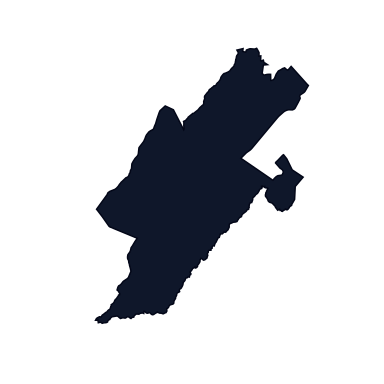 outline of Ol Kalou, Central, Kenya, rotated 45°
{"feature_id": "3690345B95130653030363", "entity_name": "Ol Kalou", "entity_type": "district", "adm_level": 2, "iso_a3": "KEN", "parent_name": "Kenya", "parent_adm1": "Central", "projection": "albers", "projection_center": [36.373, -0.309], "detail": "fine", "context": "isolated", "style": "filled", "palette": "ink", "viewbox_px": 384, "rotation_deg": 45, "n_neighbors": 0, "source": "geoboundaries", "source_scale": "gbopen_adm2", "svg_char_len": 6072}
<svg xmlns="http://www.w3.org/2000/svg" viewBox="0 0 384 384"><g transform="rotate(45 192 192)"><path d="M214.5,350.9L215.5,349.9L215.8,348.9L216.6,349.4L217.2,350.0L218.2,350.7L218.9,349.5L219.8,348.5L221.3,348.4L222.2,346.8L222.9,346.1L223.9,344.7L224.2,343.6L223.5,342.4L223.6,341.3L224.0,340.4L223.8,339.5L223.5,338.5L223.7,336.8L226.5,332.9L227.4,332.3L229.7,332.2L230.9,332.0L231.8,330.2L232.7,329.3L233.6,328.7L234.2,328.0L234.3,326.8L234.8,325.4L236.1,325.0L237.3,324.9L238.3,324.6L238.3,323.3L238.7,322.4L239.3,321.7L238.8,320.8L238.6,320.0L238.8,318.9L238.7,318.1L239.3,317.3L240.9,315.9L241.1,314.6L241.8,313.5L242.6,312.5L243.8,312.0L242.4,310.3L243.2,309.7L245.0,309.9L245.9,309.5L246.6,308.8L246.7,307.7L247.8,307.2L249.1,307.2L250.1,307.1L250.9,306.7L251.5,305.8L251.8,304.0L252.1,303.1L252.3,301.3L253.3,301.3L254.0,300.8L255.0,300.4L255.9,299.4L257.0,299.0L257.8,298.5L258.1,297.7L258.3,296.8L258.9,295.7L258.4,293.9L257.5,293.2L256.7,292.4L257.0,291.2L256.9,290.0L256.5,289.2L256.3,288.4L256.4,287.2L257.8,284.7L257.8,283.7L256.4,281.9L255.9,280.2L255.7,279.0L254.9,278.1L254.1,275.8L253.3,274.9L252.9,273.6L253.5,272.4L253.7,271.2L252.8,270.8L252.3,270.1L252.0,269.3L252.4,268.3L252.3,267.3L251.6,265.0L251.0,263.8L249.8,262.2L249.6,259.6L248.9,258.3L248.6,256.9L249.3,255.9L249.3,254.7L250.3,254.0L249.2,252.4L249.5,251.3L249.1,250.6L247.2,250.0L247.2,247.9L246.5,245.4L247.2,244.1L247.1,242.9L248.4,243.1L248.7,241.8L248.5,240.6L247.7,239.8L247.6,238.3L247.1,236.1L246.5,235.1L245.7,234.6L245.7,233.8L245.2,232.6L246.0,232.1L247.1,232.2L248.3,232.1L249.0,231.0L249.3,228.1L248.5,226.9L248.1,225.8L246.3,224.6L246.2,223.2L245.3,222.3L245.2,221.2L246.6,219.8L245.7,218.8L246.0,217.5L245.0,216.5L244.8,215.2L245.9,214.4L245.4,213.6L244.5,211.6L244.5,210.6L242.9,206.0L243.4,204.8L242.7,203.6L241.8,201.6L243.1,200.0L242.9,197.7L243.9,197.1L244.3,196.2L244.1,195.2L244.2,193.3L243.2,190.6L241.7,189.1L241.1,188.0L242.2,185.3L242.5,184.3L244.1,182.3L244.7,181.0L244.3,179.9L244.1,178.7L243.8,177.6L243.8,176.5L244.0,175.5L244.4,174.5L243.4,172.6L243.4,171.6L243.9,168.0L243.9,166.9L243.5,165.7L244.0,164.8L244.1,163.8L243.3,163.3L243.3,162.4L242.6,161.9L242.0,161.1L241.3,160.3L241.1,159.2L240.8,158.2L241.7,157.3L240.5,154.7L239.0,153.0L239.2,152.0L239.3,151.0L239.0,149.2L239.0,148.4L239.3,146.7L238.7,144.0L238.1,142.6L238.2,141.4L238.8,140.2L237.0,138.7L237.5,138.0L238.4,138.4L238.8,137.3L239.5,136.6L240.0,137.4L241.0,137.1L241.9,136.0L243.0,135.7L243.0,136.5L243.7,137.0L244.1,138.7L244.7,139.6L244.8,140.5L245.4,141.1L245.9,142.1L246.9,143.0L248.0,143.2L249.0,143.3L250.3,143.6L252.4,144.5L253.5,144.5L254.3,144.3L255.9,143.4L256.8,143.2L260.9,143.3L261.9,143.8L265.5,144.3L266.1,142.2L267.3,142.8L268.2,142.0L269.0,142.2L269.7,141.7L269.7,140.2L270.3,138.9L270.0,138.1L270.8,137.7L271.8,137.5L272.1,136.4L271.8,134.2L271.4,133.1L271.8,131.8L271.8,130.7L271.1,129.8L270.8,128.3L269.8,124.7L261.1,115.1L260.1,102.9L247.2,105.5L235.5,101.5L230.4,100.9L230.1,101.8L230.3,109.1L230.2,111.5L230.5,112.4L237.4,112.9L239.8,112.4L240.6,112.5L241.8,112.9L242.8,113.8L243.1,114.9L243.6,115.6L243.4,116.8L241.2,119.7L240.7,121.4L240.6,124.4L240.9,125.5L240.9,126.5L202.7,133.6L202.7,125.7L203.5,121.0L203.5,119.0L200.0,80.3L199.8,77.3L199.9,75.2L200.2,70.3L200.7,68.3L201.6,66.4L202.3,65.4L204.9,63.0L205.4,61.9L205.7,60.8L205.6,59.8L203.7,53.4L202.4,49.5L201.6,48.8L200.8,48.5L200.1,47.7L199.9,46.8L200.7,43.0L200.8,41.8L200.7,40.8L199.0,34.4L197.0,34.4L173.3,33.1L173.6,37.0L173.4,38.2L172.0,38.6L170.8,38.6L169.7,38.7L168.7,40.8L168.5,42.1L167.5,45.4L168.2,49.1L169.8,52.8L170.1,53.8L170.1,55.1L169.6,56.5L168.8,57.4L164.4,53.2L163.3,54.2L161.9,55.8L160.5,58.1L159.8,58.6L158.8,58.5L157.8,58.6L152.7,51.8L155.3,48.6L152.3,49.2L151.5,49.7L149.2,48.3L148.7,49.3L148.6,50.3L147.7,50.6L144.4,47.1L143.3,48.6L140.8,46.0L137.2,44.9L136.1,44.7L135.3,46.5L134.7,47.1L132.1,49.3L131.5,50.0L130.1,53.1L131.1,55.2L128.5,56.8L126.7,54.5L123.4,59.9L124.3,60.2L125.4,60.3L126.3,61.0L127.0,61.8L127.2,63.7L127.6,64.7L128.8,66.3L129.2,67.3L129.7,68.0L130.2,68.5L130.6,69.3L131.2,70.0L131.7,70.8L131.8,71.8L132.7,73.5L132.6,76.7L132.8,78.1L133.1,79.4L132.9,80.7L132.6,81.8L131.5,84.6L130.9,85.5L130.8,87.0L131.1,89.4L131.4,90.5L132.3,92.1L132.6,93.1L133.0,95.4L132.8,96.8L132.9,97.7L133.0,98.5L133.5,99.7L133.2,100.6L132.5,101.3L132.5,102.9L132.3,104.2L132.3,105.3L131.9,107.3L132.2,108.3L132.7,109.2L132.5,110.5L133.1,115.2L133.7,116.1L134.9,116.9L136.2,119.7L137.3,120.7L138.1,121.8L138.2,122.7L138.0,123.9L138.0,125.1L137.9,126.0L137.9,127.0L138.2,129.7L137.7,133.9L137.7,135.0L137.0,135.8L136.4,141.9L136.8,142.8L136.7,144.1L136.9,145.9L136.1,148.1L137.2,148.7L139.1,150.7L139.7,151.3L140.8,151.9L141.8,152.8L142.2,153.9L120.7,147.0L112.2,150.1L111.9,157.2L112.6,159.0L115.7,165.3L118.0,169.5L118.9,171.9L120.2,174.6L120.1,175.7L119.3,178.3L119.0,180.2L119.2,181.5L119.4,183.4L119.6,184.3L120.3,186.1L120.9,187.2L122.1,190.4L123.0,197.2L123.2,198.2L125.1,200.6L126.9,202.8L127.6,204.0L127.9,205.3L128.0,208.5L128.7,211.7L129.1,213.1L129.6,214.6L130.5,215.7L132.3,217.8L132.9,218.7L133.2,220.1L133.7,221.0L134.5,221.8L134.7,223.2L135.7,225.1L135.9,226.2L135.9,227.0L135.2,228.7L135.1,234.0L135.0,235.2L135.2,236.3L135.3,237.9L135.8,240.1L135.9,242.8L135.6,244.7L133.5,249.5L133.1,251.7L133.3,252.7L133.8,253.5L136.7,271.7L138.6,271.9L146.1,272.9L157.5,274.9L158.5,274.8L186.0,263.4L186.7,267.3L187.4,270.1L188.0,272.4L188.3,274.4L189.9,276.9L190.6,278.8L190.7,280.2L191.1,281.9L192.4,283.6L193.7,284.7L195.6,285.3L197.4,286.7L198.7,287.3L199.6,288.0L202.6,289.7L204.9,291.2L207.4,297.2L207.6,298.7L206.7,303.1L206.6,304.1L207.0,307.0L207.0,308.4L206.5,310.2L206.9,311.7L208.3,314.3L209.5,314.1L212.7,314.9L213.5,315.9L212.9,316.8L213.5,317.8L213.6,319.3L214.0,320.8L213.8,322.2L214.3,323.9L214.8,324.9L215.0,326.1L214.6,328.9L215.4,329.5L215.5,330.3L216.7,332.5L216.7,333.5L216.4,334.5L216.4,335.4L216.6,337.1L216.2,338.2L215.9,341.1L215.6,342.5L216.1,344.7L214.8,345.6L214.1,347.8L213.9,349.0L214.5,350.9Z" fill="#0f172a" stroke="#020617" stroke-width="1.5"/></g></svg>